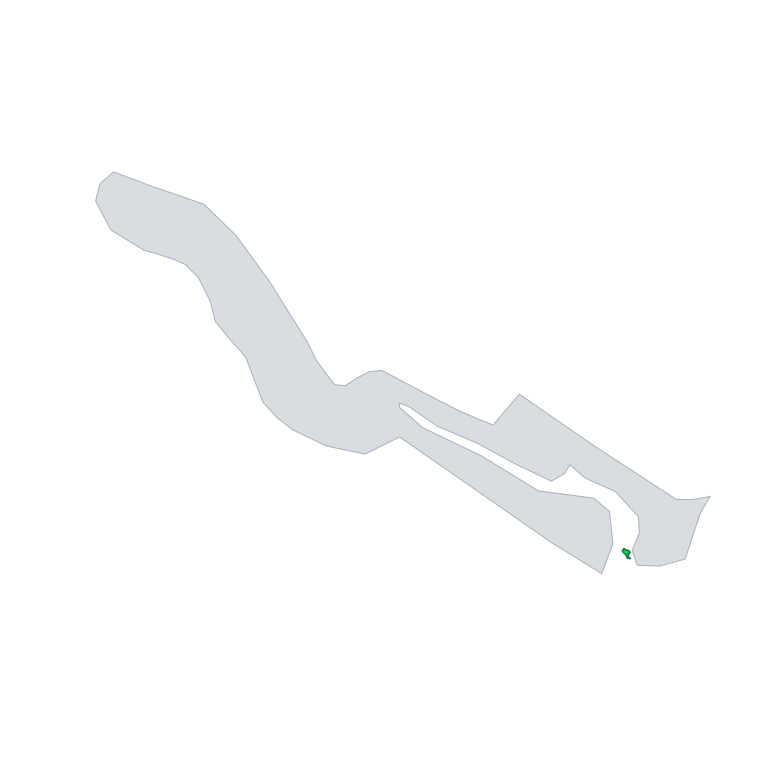 Banjul North, Banjul, Gambia (highlighted), rotated 214°
{"feature_id": "56634734B93236052329958", "entity_name": "Banjul North", "entity_type": "district", "adm_level": 2, "iso_a3": "GMB", "parent_name": "Gambia", "parent_adm1": "Banjul", "projection": "mercator", "projection_center": [-16.6, 13.458], "detail": "fine", "context": "in_parent", "style": "filled", "palette": "green", "viewbox_px": 768, "rotation_deg": 214, "n_neighbors": 0, "source": "geoboundaries", "source_scale": "gbopen_adm2", "svg_char_len": 2747}
<svg xmlns="http://www.w3.org/2000/svg" viewBox="0 0 768 768"><g transform="rotate(214 384 384)"><path d="M97.4,348.5L156.1,346.2L227.3,347.2L304.9,348.3L341.4,348.8L360.6,315.2L397.0,300.4L434.4,294.9L453.8,296.3L474.4,301.3L513.8,329.0L538.3,335.3L559.0,341.6L573.8,355.1L597.3,368.4L615.9,372.0L626.9,370.0L645.2,364.9L657.2,360.7L696.6,359.0L725.4,374.4L731.5,391.3L726.7,408.6L687.9,417.8L634.1,432.3L589.7,424.4L535.6,404.7L504.0,390.5L490.8,384.8L471.0,375.9L453.8,366.1L437.2,359.9L424.5,355.9L415.1,360.9L410.3,372.9L402.8,386.2L393.2,394.1L347.8,398.8L307.1,403.7L285.3,407.8L270.7,411.0L266.1,451.2L220.0,450.7L174.8,450.2L127.8,451.0L77.3,451.7L64.4,459.9L50.8,473.1L49.4,453.1L36.5,407.2L53.8,387.1L72.6,375.3L85.2,384.7L89.0,403.4L98.7,416.2L131.9,424.2L164.7,418.5L184.8,421.1L184.2,410.7L191.0,397.0L230.9,391.1L273.0,387.1L316.3,378.8L350.3,379.2L360.4,376.9L358.0,373.3L327.5,369.4L262.5,378.9L196.3,381.7L146.2,406.7L125.6,404.3L104.8,379.3L97.4,348.5Z" fill="#d9dde1" stroke="#a8b0b8" stroke-width="1"/><path d="M91.3,378.1L91.2,378.1L90.7,378.0L90.1,377.9L89.8,377.8L89.6,377.8L89.3,377.8L88.9,377.7L88.7,377.7L88.4,377.7L88.2,377.7L88.0,377.4L87.9,377.4L87.6,377.4L87.4,377.3L87.2,377.2L86.8,377.0L86.7,377.0L86.6,376.9L86.4,376.7L86.2,376.7L86.2,376.8L86.0,376.7L85.9,376.4L85.7,376.1L85.6,375.9L85.3,375.9L85.1,375.8L85.0,375.7L84.9,375.7L84.7,375.6L84.2,375.9L84.2,376.0L83.7,376.3L83.2,376.5L82.6,376.8L82.6,377.0L82.3,376.9L82.3,377.0L82.3,377.3L82.6,377.3L82.8,377.3L83.1,377.2L83.6,377.1L83.8,377.1L84.2,377.2L84.3,377.3L84.5,377.5L84.8,377.8L85.0,377.9L85.1,378.0L85.3,378.2L85.3,378.3L85.5,378.5L85.8,378.6L85.9,378.8L86.0,378.8L86.3,378.8L86.4,379.0L86.5,379.0L86.6,378.9L86.9,378.9L86.9,379.0L86.9,379.3L86.9,379.5L86.7,379.7L86.6,379.8L86.4,379.8L86.3,380.0L86.3,380.3L86.2,380.3L85.9,380.4L85.8,380.5L86.0,380.8L86.3,380.9L86.3,381.0L86.3,381.3L86.2,381.4L86.1,381.5L85.9,381.5L85.7,381.6L85.7,381.9L85.7,382.0L85.8,382.1L86.0,382.1L86.3,381.9L86.5,381.9L86.6,382.0L86.8,382.1L87.0,382.4L87.1,382.5L87.3,382.8L87.6,382.9L87.9,382.8L88.0,382.7L88.4,382.6L88.5,382.6L88.8,382.5L89.0,382.4L89.4,382.3L89.6,382.1L89.8,382.0L89.9,381.9L90.2,381.9L90.4,381.7L90.5,381.6L90.8,381.6L90.9,381.8L91.0,381.8L91.4,381.7L91.6,381.7L91.8,381.7L92.0,381.6L92.5,381.9L93.2,381.4L93.0,381.2L92.9,381.1L93.0,381.0L93.0,380.9L92.9,380.9L92.8,381.0L92.8,380.9L92.8,381.0L92.7,381.1L92.8,381.2L92.8,381.3L92.7,381.3L92.6,381.2L92.7,380.7L92.8,380.5L92.8,380.4L92.7,380.4L92.7,380.2L92.8,380.1L92.9,379.9L93.0,379.8L93.1,379.6L93.2,379.4L93.3,379.2L93.1,379.1L92.8,378.9L92.7,378.8L92.6,378.7L92.3,378.5L92.2,378.5L91.9,378.4L91.7,378.4L91.3,378.3L91.3,378.1L91.3,378.1Z" fill="#22c55e" stroke="#15803d" stroke-width="1.5"/></g></svg>